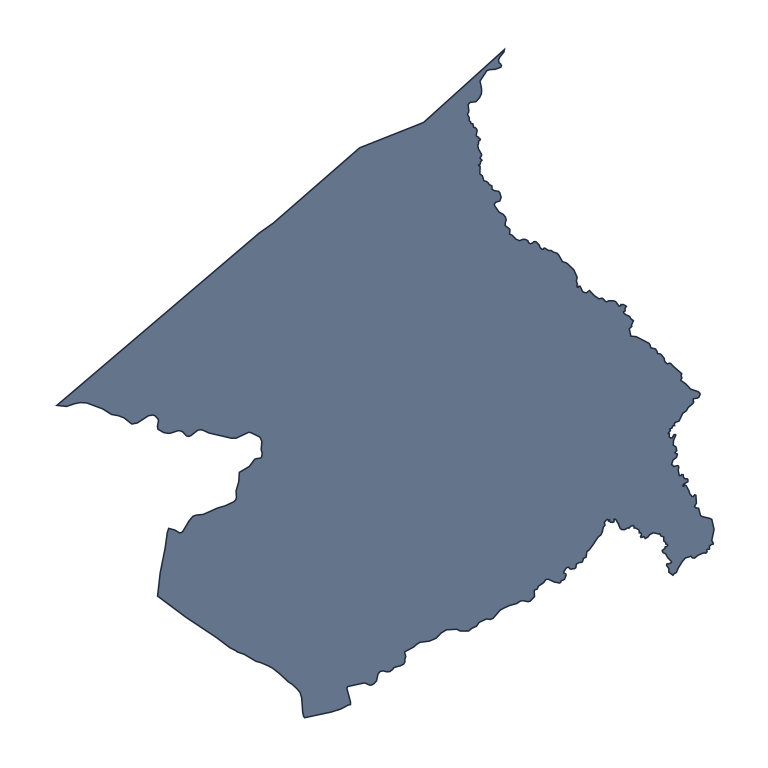 the district of Mandimba, Niassa, Mozambique, rotated 89°
{"feature_id": "85939544B48761792497071", "entity_name": "Mandimba", "entity_type": "district", "adm_level": 2, "iso_a3": "MOZ", "parent_name": "Mozambique", "parent_adm1": "Niassa", "projection": "mercator", "projection_center": [35.973, -14.23], "detail": "fine", "context": "isolated", "style": "filled", "palette": "slate", "viewbox_px": 768, "rotation_deg": 89, "n_neighbors": 0, "source": "geoboundaries", "source_scale": "gbopen_adm2", "svg_char_len": 6047}
<svg xmlns="http://www.w3.org/2000/svg" viewBox="0 0 768 768"><g transform="rotate(89 384 384)"><path d="M685.8,425.3L682.5,408.7L685.0,403.2L684.6,401.3L683.3,399.1L680.6,396.6L674.1,395.1L671.4,393.0L670.8,389.7L671.8,386.6L671.7,383.4L669.7,380.5L667.6,378.8L666.0,372.4L664.4,369.2L662.1,367.9L659.9,368.0L656.9,367.0L652.9,368.0L652.0,367.7L647.5,358.9L644.8,355.8L642.9,352.5L641.9,343.1L639.0,336.2L634.0,331.2L630.9,325.9L630.5,315.5L632.3,312.2L632.5,303.9L629.8,300.4L627.8,295.7L624.1,293.1L623.3,291.5L620.7,285.6L621.3,281.9L620.2,279.0L612.2,271.9L609.7,267.1L607.7,262.3L605.8,255.0L603.4,251.4L603.1,248.7L604.2,243.8L603.8,241.8L599.2,237.2L593.5,237.4L592.6,237.0L591.7,234.4L588.8,233.1L585.4,227.8L582.3,225.6L582.1,223.0L584.9,217.4L586.1,211.9L585.5,210.9L583.7,210.1L582.6,207.0L578.5,205.3L577.3,205.4L575.8,207.6L574.6,207.4L570.9,204.7L570.3,202.8L572.0,201.4L572.4,200.4L571.9,196.6L571.0,195.4L567.5,194.8L566.0,192.2L565.7,189.3L564.8,188.5L561.9,187.6L560.7,185.0L555.3,184.1L553.5,181.8L549.1,178.3L540.8,172.6L538.5,169.6L535.1,168.1L531.2,167.3L528.9,165.5L526.2,166.1L523.2,163.4L523.6,162.3L524.8,162.0L523.9,161.0L524.9,161.0L526.1,160.1L526.4,157.9L525.8,156.4L523.3,156.3L523.2,154.9L527.2,152.5L532.3,150.5L533.8,148.8L533.8,145.8L532.2,143.1L532.4,141.6L530.4,139.8L529.9,137.4L531.2,136.2L532.3,136.5L532.7,134.4L534.1,132.1L535.0,131.4L537.3,131.4L537.1,130.1L538.0,129.5L539.3,129.2L541.0,130.2L542.0,129.7L541.2,126.8L543.1,125.5L541.6,122.8L539.5,121.2L537.4,117.4L538.8,111.9L538.5,110.9L540.7,109.9L541.8,107.0L545.9,107.0L547.3,105.2L548.9,105.1L549.3,103.5L550.0,103.2L551.4,104.0L551.8,105.8L553.4,106.0L555.0,108.5L555.7,108.8L557.6,107.8L558.7,105.4L562.5,103.4L566.7,99.6L567.6,99.8L568.4,101.4L568.9,104.3L570.2,104.7L573.6,102.4L577.1,102.5L580.3,98.4L578.7,97.2L577.6,95.0L573.2,93.0L566.4,88.6L563.2,85.7L561.6,80.0L563.2,78.8L563.5,76.5L560.7,73.0L558.4,67.2L558.8,65.2L557.4,63.9L555.8,64.2L555.0,63.7L554.9,61.7L554.3,61.3L552.0,61.6L550.4,59.8L549.8,57.6L548.8,57.6L546.1,59.0L535.1,56.5L525.1,58.6L524.0,60.7L522.1,68.2L521.0,69.8L513.7,71.6L513.2,74.5L511.7,75.7L508.7,73.7L500.7,74.1L500.2,75.3L501.9,76.8L501.9,78.0L498.9,80.2L495.8,81.1L490.9,83.7L490.3,84.8L491.5,86.5L490.9,87.0L489.3,86.1L486.9,81.8L484.9,81.8L484.0,82.6L484.1,84.5L482.7,86.1L479.9,86.5L479.7,87.9L480.7,88.9L480.8,90.3L475.1,91.4L472.8,90.7L471.1,91.0L470.7,92.0L471.6,96.0L470.3,96.6L469.7,97.9L465.0,96.3L462.6,92.9L459.9,91.9L459.1,91.9L458.3,94.0L457.4,94.2L455.6,92.4L452.0,93.2L450.1,95.9L445.2,95.4L440.2,93.1L439.5,94.0L439.8,95.1L442.9,96.8L442.8,98.7L441.7,99.7L438.8,99.5L438.1,100.7L435.6,98.4L433.9,99.1L433.2,96.9L431.0,96.1L430.6,94.1L429.1,94.5L427.5,93.5L426.3,89.7L418.6,85.8L416.0,82.1L413.0,80.4L408.4,75.0L407.0,74.6L405.7,75.3L404.1,74.7L403.6,71.0L402.6,69.3L399.9,68.1L398.8,68.3L397.1,70.0L394.4,77.6L389.2,82.2L385.8,86.8L385.1,87.3L383.1,86.0L381.0,86.8L378.9,86.1L371.0,94.8L368.5,96.9L368.1,98.2L368.8,100.3L368.3,101.1L366.3,102.9L363.1,103.5L359.8,106.0L358.9,107.0L358.2,110.0L356.0,110.5L353.7,111.9L352.4,116.6L349.5,117.3L347.9,118.4L341.0,131.1L340.5,136.3L333.0,137.8L330.8,135.2L329.7,135.6L325.0,133.5L323.1,136.0L320.8,137.2L318.8,141.2L317.0,143.1L315.9,143.2L315.3,141.7L312.4,141.6L310.7,140.3L309.9,141.1L308.7,143.5L308.7,145.8L309.8,145.9L310.3,147.1L309.8,148.0L305.8,150.8L304.9,152.6L304.6,157.7L305.7,159.9L305.0,161.5L302.9,163.1L301.9,164.7L302.7,167.3L302.4,167.9L299.3,172.2L294.1,176.9L296.4,180.0L295.7,182.9L294.5,184.1L289.7,186.2L289.6,187.6L290.7,188.1L290.6,189.1L288.9,189.4L287.6,188.8L284.4,189.9L280.7,189.0L273.1,192.2L266.9,198.5L265.8,200.2L264.9,203.3L258.4,206.9L256.3,208.6L254.9,212.7L253.5,214.3L253.3,217.3L250.9,220.9L250.9,221.6L252.1,222.5L252.0,223.6L250.4,225.5L247.7,226.4L244.3,229.7L244.3,231.7L245.6,233.0L246.3,235.2L245.3,236.9L243.2,237.7L242.0,239.8L241.7,242.5L243.1,246.0L241.4,249.6L237.7,253.0L236.2,255.9L232.3,255.3L231.2,255.8L227.7,260.1L224.8,259.9L222.1,258.9L219.1,259.7L216.5,261.8L214.2,265.9L207.5,270.4L206.1,270.5L204.3,269.2L203.0,265.0L199.4,263.6L194.7,264.9L193.3,266.2L192.7,270.1L191.2,272.5L187.7,272.7L186.4,275.4L184.9,276.1L183.3,278.0L182.5,280.6L177.6,282.0L175.5,284.5L168.4,284.1L167.7,284.4L167.3,285.6L166.6,285.6L165.9,284.0L163.2,283.4L162.0,282.1L159.6,284.1L157.5,282.5L156.3,282.4L150.6,285.4L146.8,286.1L145.5,285.3L142.7,285.2L142.2,283.9L140.8,283.4L140.0,284.8L139.0,285.0L138.1,287.0L136.6,287.4L132.2,286.4L130.3,287.2L129.2,288.4L128.9,289.9L125.4,290.6L124.9,292.6L123.5,292.8L122.1,294.3L119.3,294.0L116.5,295.6L115.0,295.6L114.4,294.9L112.4,294.4L106.4,295.0L104.9,294.1L103.8,292.5L103.4,287.2L99.4,283.5L95.7,281.6L93.4,281.3L90.3,281.3L82.8,282.7L72.5,275.7L71.6,273.2L71.3,267.2L69.3,261.7L67.8,261.0L66.1,261.8L64.5,263.5L61.6,263.8L59.0,262.4L54.3,258.4L51.7,257.8L123.2,339.9L147.4,404.2L221.2,491.9L230.8,506.0L399.7,711.5L400.9,701.7L398.3,693.7L397.3,688.2L397.7,681.7L403.9,665.9L409.7,657.0L411.1,650.0L413.4,644.4L419.6,636.9L418.7,631.4L411.6,620.0L411.0,615.7L411.7,613.6L414.8,610.7L416.8,610.1L422.4,611.3L425.3,610.8L428.7,605.2L429.6,600.5L429.4,598.1L427.1,590.8L427.3,588.4L428.2,586.3L432.5,582.3L433.0,580.0L432.2,577.9L426.9,571.0L426.6,568.6L426.8,566.3L429.9,560.0L435.5,537.8L435.6,532.8L429.9,520.1L430.3,518.0L434.9,509.0L439.3,507.1L447.3,508.0L451.0,507.0L454.8,507.6L455.9,508.9L456.5,513.3L457.1,514.7L464.1,520.1L469.8,530.2L479.0,530.9L488.4,533.8L495.0,533.5L497.1,534.3L499.0,536.0L503.0,544.9L505.2,552.9L511.2,566.9L511.8,574.1L512.9,577.3L517.3,581.2L527.8,587.7L529.0,589.1L529.3,591.0L526.3,595.8L524.6,601.8L528.8,603.3L544.3,605.7L569.0,611.1L592.1,614.1L613.5,586.5L634.8,555.7L645.0,542.7L648.2,536.6L649.4,535.3L651.8,528.6L659.0,516.9L660.6,511.7L664.1,504.0L666.5,499.9L672.0,493.3L680.1,484.9L682.7,481.0L686.8,476.7L690.9,473.3L696.4,471.8L711.2,471.0L714.8,470.2L716.3,469.2L711.0,442.2L708.1,432.6L704.3,425.3L704.0,423.1L701.5,423.0L687.3,426.5L685.8,425.3Z" fill="#64748b" stroke="#1e293b" stroke-width="1.5"/></g></svg>